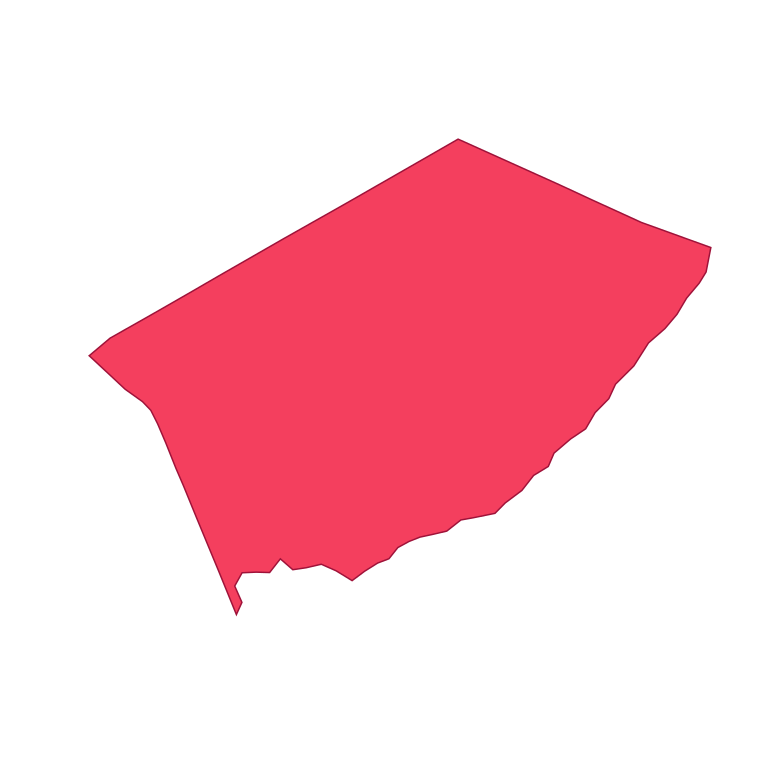 Feira Nova, Pernambuco, Brazil, rotated 191°
{"feature_id": "56859067B25061969045755", "entity_name": "Feira Nova", "entity_type": "district", "adm_level": 2, "iso_a3": "BRA", "parent_name": "Brazil", "parent_adm1": "Pernambuco", "projection": "natural_earth1", "projection_center": [-35.384, -7.947], "detail": "fine", "context": "isolated", "style": "filled", "palette": "rose", "viewbox_px": 768, "rotation_deg": 191, "n_neighbors": 0, "source": "geoboundaries", "source_scale": "gbopen_adm2", "svg_char_len": 936}
<svg xmlns="http://www.w3.org/2000/svg" viewBox="0 0 768 768"><g transform="rotate(191 384 384)"><path d="M678.8,355.5L659.7,343.6L637.0,329.4L617.7,320.6L607.9,313.7L598.6,301.7L587.0,284.6L572.2,261.6L561.2,245.5L541.6,215.6L510.4,168.5L484.9,129.5L481.8,142.5L492.0,157.2L487.3,171.6L473.7,174.9L460.3,177.1L452.4,192.6L438.1,184.3L425.3,188.8L411.2,195.1L395.4,191.5L377.8,184.9L367.3,196.5L356.1,207.0L345.8,213.4L339.2,226.1L329.4,234.2L319.6,240.5L307.9,245.5L294.3,251.6L282.6,265.2L271.2,269.6L250.4,278.2L242.3,290.4L228.3,305.9L219.7,322.8L207.0,334.4L203.9,348.6L190.3,365.7L177.5,378.5L171.3,396.2L160.5,412.5L156.7,428.0L142.2,449.4L132.2,474.8L118.8,492.0L109.7,508.3L103.3,526.1L93.8,543.2L89.2,555.4L89.2,580.3L162.2,591.7L214.9,604.4L249.7,613.0L358.0,638.5L411.4,592.3L456.0,553.8L509.9,507.8L566.9,458.5L593.6,435.2L623.0,409.8L661.6,376.8L678.8,355.5Z" fill="#f43f5e" stroke="#9f1239" stroke-width="1.5"/></g></svg>